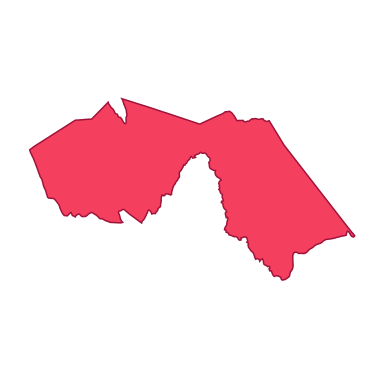 the district of Barra da Estiva, Bahia, Brazil, rotated 346°
{"feature_id": "56859067B26480186624590", "entity_name": "Barra da Estiva", "entity_type": "district", "adm_level": 2, "iso_a3": "BRA", "parent_name": "Brazil", "parent_adm1": "Bahia", "projection": "equal_earth", "projection_center": [-41.099, -13.681], "detail": "fine", "context": "isolated", "style": "filled", "palette": "rose", "viewbox_px": 384, "rotation_deg": 346, "n_neighbors": 0, "source": "geoboundaries", "source_scale": "gbopen_adm2", "svg_char_len": 4951}
<svg xmlns="http://www.w3.org/2000/svg" viewBox="0 0 384 384"><g transform="rotate(346 192 192)"><path d="M339.3,273.8L335.6,266.0L333.0,260.2L307.8,203.1L294.1,172.1L293.3,170.2L292.7,168.9L284.1,141.5L282.7,141.6L281.4,141.6L280.2,140.7L279.2,139.8L278.6,138.2L277.0,137.8L275.2,137.7L273.5,137.5L272.5,136.6L271.0,136.0L269.4,135.9L267.9,135.5L266.0,136.2L264.4,137.1L263.3,136.7L261.0,137.0L259.7,136.3L258.8,134.8L256.8,134.5L254.9,133.9L253.6,133.9L252.6,133.2L252.2,131.2L251.5,128.8L250.6,126.7L249.7,124.7L247.8,122.7L245.7,122.6L243.7,122.2L242.3,122.8L240.9,123.4L239.2,123.7L235.1,124.3L215.9,128.0L185.1,108.4L183.8,107.7L172.4,100.4L146.5,84.5L146.9,86.0L147.1,88.2L147.1,89.9L147.6,92.8L147.8,95.0L148.1,96.7L147.7,98.6L147.6,100.6L147.1,102.6L146.1,103.6L145.6,105.5L144.9,108.8L143.7,109.6L142.6,108.4L142.0,106.3L141.4,103.9L140.5,102.3L138.7,101.3L138.4,98.6L137.2,97.8L136.4,96.9L136.1,94.9L135.4,92.5L134.0,90.4L133.2,88.2L132.5,86.2L132.4,84.6L112.2,97.0L106.2,95.8L102.7,95.3L99.4,94.7L96.1,94.1L59.1,106.5L56.8,107.3L49.6,109.7L44.7,111.8L44.8,114.1L45.1,115.6L45.5,117.7L46.2,120.7L46.4,122.7L46.8,124.7L47.0,127.3L47.3,129.6L47.6,132.0L47.8,134.1L47.9,136.1L48.2,137.9L48.4,140.5L49.2,142.7L49.4,144.7L49.5,146.9L49.4,149.2L49.6,151.7L50.0,153.4L50.4,155.7L50.4,157.7L50.6,160.2L50.7,162.2L51.6,163.3L52.7,163.6L54.0,164.2L55.1,164.4L56.2,164.9L57.0,166.0L58.1,168.1L58.8,169.8L59.5,171.4L60.0,173.5L60.0,175.5L60.4,177.8L60.9,180.4L61.6,182.5L62.3,183.9L63.5,184.3L65.1,185.0L69.5,182.5L70.0,184.1L70.2,185.9L71.3,186.6L72.7,188.0L74.0,186.6L75.4,186.3L76.5,185.9L77.7,186.7L78.5,188.2L79.4,189.3L81.0,189.6L82.8,190.0L84.5,189.3L86.1,188.4L87.8,188.0L88.8,187.3L90.4,188.1L92.2,190.0L93.8,191.6L95.2,193.9L96.3,195.7L98.1,196.2L99.3,197.0L100.2,198.0L101.2,198.9L102.5,199.7L103.9,200.6L105.0,201.6L115.2,204.7L117.4,204.7L116.6,203.1L116.2,201.6L116.0,200.2L116.1,198.3L116.0,196.2L115.6,194.0L116.6,193.0L118.1,193.0L119.3,192.7L120.6,192.1L121.7,192.5L122.9,194.0L125.1,197.1L126.7,199.2L135.6,209.9L136.6,208.2L138.1,207.4L139.5,206.2L140.8,204.7L141.7,203.7L142.7,202.3L143.8,201.2L144.7,199.4L146.0,199.1L147.3,201.1L147.6,203.6L148.9,203.5L150.1,203.7L151.3,204.1L152.5,202.6L153.6,202.1L154.5,201.1L155.2,199.9L156.2,199.3L157.8,198.6L158.5,196.5L159.4,194.5L160.1,192.9L160.3,191.3L161.1,189.3L162.3,187.6L163.2,188.7L164.6,188.9L165.8,187.5L167.8,187.9L169.4,188.9L170.7,189.8L171.7,189.1L172.1,187.4L173.4,185.2L174.6,183.1L175.9,181.3L177.6,180.0L179.1,178.1L180.8,177.1L181.8,175.6L183.3,174.7L183.9,172.7L184.1,170.9L184.9,169.4L186.6,168.4L188.1,166.8L189.4,165.5L190.4,163.8L191.6,164.2L192.5,163.1L193.8,162.7L194.7,161.4L195.8,160.6L197.7,159.6L198.7,158.0L200.0,157.3L200.9,159.3L202.6,159.4L203.8,159.3L203.1,157.5L204.2,157.1L205.9,156.7L207.9,156.6L209.7,155.5L211.0,156.7L212.1,157.2L213.6,157.1L215.1,158.6L215.6,160.3L216.4,161.9L217.6,163.7L217.1,166.0L215.4,167.5L215.4,169.7L215.0,171.7L215.3,173.5L216.5,174.7L218.4,176.4L220.0,176.9L219.0,178.9L219.0,181.2L219.8,183.0L221.0,184.4L222.2,185.5L223.2,187.6L221.8,188.0L220.8,188.8L220.0,190.1L220.3,191.8L219.7,193.0L219.9,194.9L218.6,195.9L219.4,197.7L219.4,199.8L220.8,201.7L220.0,204.5L220.3,206.7L220.2,208.3L218.6,208.1L217.9,209.2L219.1,210.9L218.8,213.6L219.1,215.4L220.5,218.0L220.8,219.7L219.4,220.2L219.0,221.6L219.0,223.6L219.0,225.3L220.3,225.1L220.5,226.6L219.4,228.2L218.5,230.1L217.8,231.9L217.0,233.1L215.9,234.1L215.0,235.1L214.4,236.5L215.6,237.4L215.4,239.3L217.1,240.2L217.6,242.6L219.5,243.6L220.8,244.6L221.9,245.6L223.2,245.7L224.5,246.3L225.2,247.6L225.7,249.4L226.7,250.4L228.0,250.4L228.6,248.3L229.9,248.5L231.9,248.2L233.9,249.1L234.2,251.2L234.2,253.0L233.0,254.0L234.4,255.3L233.5,257.2L233.5,259.5L234.4,261.5L235.0,263.3L235.8,264.5L236.6,265.7L237.0,267.5L237.1,270.5L237.5,272.7L238.8,272.4L239.9,272.9L240.9,273.5L241.0,275.6L242.4,274.5L244.1,273.8L244.6,276.0L244.3,277.6L244.3,279.4L245.2,280.5L246.3,281.2L247.3,282.7L249.1,282.9L249.3,284.5L248.1,285.3L248.4,287.4L249.9,287.7L250.1,289.9L250.5,292.3L251.4,293.9L253.0,293.6L254.2,293.8L255.4,294.6L256.6,295.3L257.4,296.3L257.5,298.1L258.3,299.4L259.8,299.3L261.2,299.5L262.7,298.9L264.0,298.4L265.1,298.0L266.3,297.1L267.1,295.3L268.2,293.3L269.8,292.2L271.3,290.3L272.2,288.2L272.6,286.3L273.1,283.6L273.7,280.9L274.5,277.9L275.5,276.3L276.7,275.4L278.2,275.5L279.5,276.2L280.4,277.3L281.9,277.7L283.1,277.9L284.3,278.4L285.9,278.8L287.8,278.6L289.2,277.9L290.5,277.1L292.2,276.0L293.7,275.6L294.9,275.3L296.4,274.7L298.3,273.6L299.5,273.3L300.9,273.0L302.3,273.0L304.0,272.8L305.7,272.4L307.5,271.3L309.3,270.7L310.4,270.6L311.9,270.6L313.2,270.8L314.8,271.0L316.1,271.1L317.4,271.2L318.6,271.2L320.1,271.2L321.3,271.1L322.9,271.1L324.8,271.1L326.1,271.0L327.4,271.1L329.4,271.3L331.2,271.2L332.0,269.4L333.1,267.7L334.3,268.3L335.0,270.0L335.6,272.5L336.5,274.0L338.0,274.8L339.3,273.8Z" fill="#f43f5e" stroke="#9f1239" stroke-width="1.5"/></g></svg>